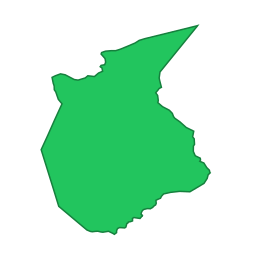 outline of Barre Denis, Anse-la-Raye, Saint Lucia, rotated 274°
{"feature_id": "8701671B57148125008640", "entity_name": "Barre Denis", "entity_type": "district", "adm_level": 2, "iso_a3": "LCA", "parent_name": "Saint Lucia", "parent_adm1": "Anse-la-Raye", "projection": "equal_earth", "projection_center": [-60.992, 13.968], "detail": "fine", "context": "isolated", "style": "filled", "palette": "green", "viewbox_px": 256, "rotation_deg": 274, "n_neighbors": 0, "source": "geoboundaries", "source_scale": "gbopen_adm2", "svg_char_len": 1753}
<svg xmlns="http://www.w3.org/2000/svg" viewBox="0 0 256 256"><g transform="rotate(274 128 128)"><path d="M69.3,55.0L59.8,58.7L45.0,64.4L23.4,94.1L22.7,96.2L22.2,97.7L22.1,98.9L22.0,99.5L22.1,100.0L22.7,103.2L22.9,105.2L22.7,106.4L22.4,108.2L22.3,110.2L22.7,111.9L23.6,115.8L21.8,120.3L21.0,121.8L22.8,123.9L24.2,123.8L26.0,124.1L27.2,124.9L28.0,126.3L28.1,127.6L28.1,131.7L29.0,132.8L32.6,133.5L33.3,134.6L34.2,134.9L34.8,137.2L35.6,139.0L36.6,139.0L38.0,138.7L39.1,140.1L38.9,142.4L38.6,146.3L41.2,148.2L41.2,148.4L41.9,148.5L42.8,147.1L43.7,147.1L44.7,147.3L46.0,147.8L46.9,148.4L47.6,149.1L48.0,149.8L48.4,151.2L48.9,152.6L49.0,153.7L49.0,155.2L49.0,156.0L49.8,157.0L50.4,158.1L51.4,158.8L52.5,159.9L53.2,160.9L54.8,161.4L57.8,160.9L58.8,162.5L60.2,165.3L62.3,166.2L64.7,168.1L66.8,175.1L68.4,184.0L68.7,194.2L78.1,207.7L83.2,210.5L86.9,211.2L89.0,213.1L89.3,212.8L91.6,212.1L94.0,209.3L98.4,206.1L99.8,201.9L101.1,202.6L102.9,202.2L105.0,197.0L109.2,194.8L114.5,194.5L116.3,195.5L121.8,194.8L123.7,193.1L129.4,193.8L132.6,186.0L137.8,179.3L141.0,174.0L142.6,172.6L145.7,171.2L148.6,168.0L151.7,160.9L155.4,156.0L157.5,156.3L162.5,155.3L165.1,153.2L168.0,155.3L169.6,156.3L170.9,158.5L177.5,156.3L180.1,155.6L186.1,156.0L234.5,190.0L235.0,190.3L234.7,189.5L218.3,138.6L216.2,133.1L213.3,129.2L209.5,121.8L206.0,114.7L204.3,110.4L204.0,106.1L203.1,100.3L202.5,98.8L201.4,96.4L199.9,96.0L195.6,100.3L192.1,101.1L189.5,100.3L188.6,96.8L187.2,96.0L186.0,97.9L182.8,98.7L180.8,94.8L177.0,90.9L177.3,84.3L175.0,81.9L172.3,74.9L172.6,71.0L176.7,61.6L177.3,56.9L175.0,51.8L173.2,48.7L167.4,50.3L164.8,51.4L161.0,51.8L159.0,53.4L151.7,56.5L147.5,60.5L131.1,54.3L115.4,48.6L100.3,42.9L69.3,55.0Z" fill="#22c55e" stroke="#15803d" stroke-width="1.5"/></g></svg>